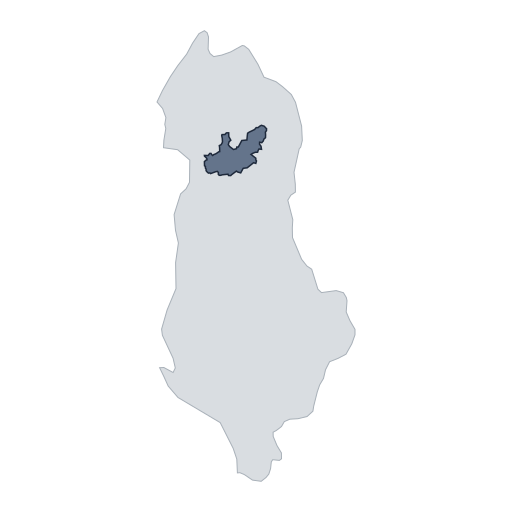 Mirditë, Lezhë, Albania shown in context
{"feature_id": "67620474B99888539945274", "entity_name": "Mirditë", "entity_type": "district", "adm_level": 2, "iso_a3": "ALB", "parent_name": "Albania", "parent_adm1": "Lezhë", "projection": "orthographic", "projection_center": [19.989, 41.852], "detail": "fine", "context": "in_parent", "style": "filled", "palette": "slate", "viewbox_px": 512, "rotation_deg": 0, "n_neighbors": 0, "source": "geoboundaries", "source_scale": "gbopen_adm2", "svg_char_len": 2968}
<svg xmlns="http://www.w3.org/2000/svg" viewBox="0 0 512 512"><path d="M163.5,147.7L163.9,140.2L165.8,128.4L164.8,124.4L165.9,117.6L162.6,108.5L157.0,102.0L162.5,90.5L170.4,76.6L177.8,65.6L186.7,54.1L192.6,43.1L199.0,33.6L204.4,30.7L207.1,32.7L208.5,36.9L208.1,49.2L210.0,53.5L213.7,56.6L221.7,55.1L230.5,52.0L242.3,45.5L244.3,45.9L248.7,49.3L257.9,64.2L264.0,77.2L276.0,81.7L282.7,86.8L291.3,94.5L295.5,102.3L301.6,126.1L302.3,140.5L300.7,147.1L299.2,148.8L294.0,172.3L295.3,184.2L295.4,192.1L290.8,195.2L287.8,200.2L292.8,219.7L292.3,228.0L292.5,237.6L301.6,259.3L306.9,266.0L311.7,269.2L317.9,289.2L321.5,292.6L336.2,290.6L343.4,292.7L346.3,297.5L347.0,300.7L346.2,312.0L349.9,320.6L355.0,329.4L355.0,334.8L351.8,343.8L346.0,354.2L338.2,358.3L329.6,361.7L325.5,369.8L323.5,378.4L319.7,384.8L317.3,391.8L313.7,406.1L312.9,411.2L307.1,416.5L298.0,418.7L289.8,419.2L284.3,421.6L281.5,426.5L276.3,430.5L273.1,432.2L273.2,436.5L277.0,445.6L281.4,452.9L281.5,458.8L279.4,460.4L272.7,459.7L271.3,461.9L270.6,468.5L268.8,474.1L266.0,477.5L261.2,481.3L252.5,480.1L244.2,474.5L239.9,472.7L237.4,472.9L236.8,459.1L233.2,448.4L220.2,422.6L178.0,397.5L168.2,386.1L163.9,376.6L159.6,367.7L163.8,367.5L167.9,369.7L173.1,372.5L175.3,368.0L173.1,358.3L162.4,335.3L161.6,329.1L167.1,310.0L176.0,288.6L175.6,262.6L178.4,243.0L175.5,230.3L174.1,214.6L180.6,193.9L186.1,188.8L189.5,182.3L189.8,160.1L177.6,149.7L163.5,147.7Z" fill="#d9dde1" stroke="#a8b0b8" stroke-width="1"/><path d="M249.1,132.2L247.6,133.2L247.3,135.6L246.9,140.0L241.8,140.5L238.3,147.0L237.7,147.0L237.2,147.0L236.8,147.0L236.7,147.5L236.6,147.9L236.5,148.7L233.5,149.5L229.7,146.6L228.3,144.7L229.0,141.9L230.8,140.2L228.8,136.6L228.7,132.8L228.0,132.8L227.3,132.8L226.3,132.9L225.7,133.6L225.3,134.1L225.0,134.5L224.3,134.5L222.0,134.6L221.7,135.5L222.3,138.5L222.5,142.0L221.9,143.4L221.1,144.7L219.3,145.6L219.6,147.8L219.7,151.6L218.7,151.8L217.2,152.9L215.6,153.9L213.7,154.6L212.7,155.5L211.7,154.6L211.0,153.4L209.8,153.4L208.1,155.5L204.4,155.4L204.5,156.2L205.8,157.3L206.8,158.5L207.0,159.8L206.1,160.1L204.4,161.6L204.5,165.8L205.4,166.4L205.4,168.1L206.1,169.1L206.1,170.7L206.7,171.5L207.6,172.4L208.4,173.1L209.9,172.9L210.6,173.6L215.7,171.7L217.4,171.4L218.4,172.6L218.3,174.3L219.2,175.3L220.8,175.3L222.2,174.8L228.0,174.2L228.5,175.5L230.7,175.6L231.6,174.7L236.4,171.1L237.6,172.0L240.7,172.9L243.2,168.3L247.2,167.8L253.6,162.7L255.8,163.4L256.5,160.9L255.8,159.9L255.8,158.2L251.0,154.4L252.6,153.4L255.2,152.3L257.6,152.2L258.1,150.5L259.0,149.0L261.5,149.3L261.0,146.2L259.5,144.2L259.6,142.2L260.8,142.4L261.8,142.7L262.2,142.2L262.7,141.6L263.2,141.1L263.9,139.1L265.5,137.7L265.6,135.0L265.4,132.1L266.3,130.9L266.5,130.7L266.4,130.4L266.6,128.8L266.1,128.3L265.4,127.5L264.2,126.2L263.3,125.9L262.3,125.6L261.4,125.3L260.5,125.8L259.7,126.2L258.1,127.6L256.2,127.6L254.6,129.5L253.6,130.0L251.8,130.9L250.7,131.4L249.1,132.2Z" fill="#64748b" stroke="#1e293b" stroke-width="1.5"/></svg>